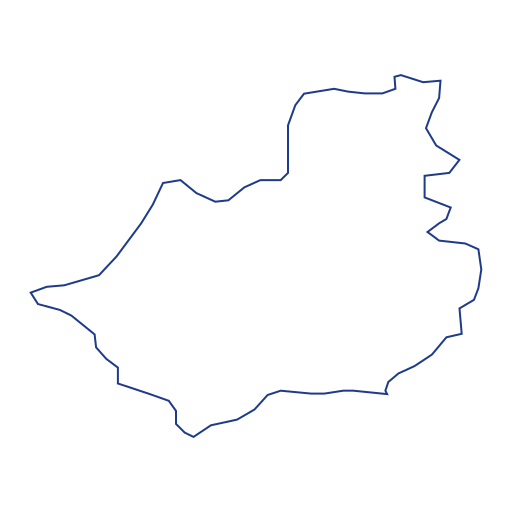 Pyeongtaek-si, Gyeonggi, South Korea
{"feature_id": "91817680B85680883794904", "entity_name": "Pyeongtaek-si", "entity_type": "district", "adm_level": 2, "iso_a3": "KOR", "parent_name": "South Korea", "parent_adm1": "Gyeonggi", "projection": "natural_earth1", "projection_center": [127.012, 37.017], "detail": "fine", "context": "isolated", "style": "outline", "palette": "blue", "viewbox_px": 512, "rotation_deg": 0, "n_neighbors": 0, "source": "geoboundaries", "source_scale": "gbopen_adm2", "svg_char_len": 1067}
<svg xmlns="http://www.w3.org/2000/svg" viewBox="0 0 512 512"><path d="M461.7,333.8L459.5,308.4L474.0,299.8L478.4,288.2L481.3,269.5L478.4,249.3L465.3,243.5L439.1,240.6L427.5,232.0L439.1,223.3L446.4,219.0L450.7,207.5L424.6,197.4L424.6,175.8L449.3,172.9L459.4,159.9L436.2,145.5L426.0,128.2L431.8,112.4L439.1,98.0L440.5,80.7L423.1,82.2L400.9,75.1L394.5,76.8L395.4,88.8L382.4,93.4L364.7,93.4L348.0,91.6L334.1,88.8L304.0,93.7L295.3,105.2L288.0,125.4L288.0,155.6L288.0,172.9L280.7,180.1L260.4,180.1L244.4,187.3L228.4,200.3L215.3,201.7L196.4,193.1L180.5,180.1L163.0,183.0L152.8,204.6L141.2,223.3L116.5,256.5L99.0,275.2L64.2,285.3L46.7,286.8L30.7,292.6L38.0,304.1L59.8,309.9L71.4,315.6L94.6,334.4L96.1,347.4L106.3,358.9L117.9,367.6L117.9,383.5L148.4,393.6L168.8,400.8L176.0,410.9L176.0,423.9L184.7,432.6L193.5,436.9L210.9,425.3L237.1,419.6L254.5,409.5L267.6,395.0L280.7,390.7L311.2,393.6L324.3,393.6L343.2,390.7L353.4,390.7L387.1,394.1L385.4,390.7L388.3,382.0L398.5,373.4L414.5,366.1L431.9,354.6L446.4,337.3L461.7,333.8Z" fill="none" stroke="#1e3a8a" stroke-width="2"/></svg>